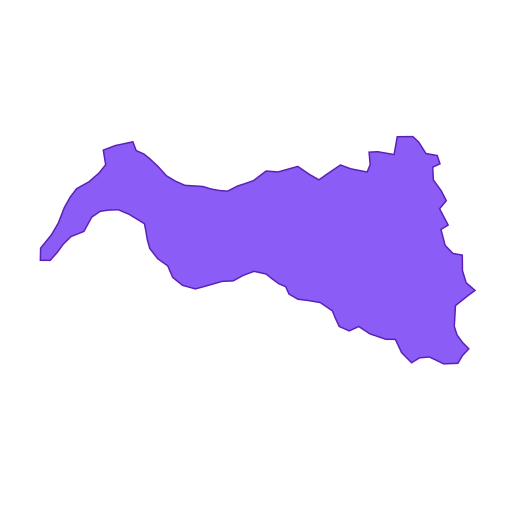 the district of Santa Amélia, Paraná, Brazil, rotated 175°
{"feature_id": "56859067B11032628031233", "entity_name": "Santa Amélia", "entity_type": "district", "adm_level": 2, "iso_a3": "BRA", "parent_name": "Brazil", "parent_adm1": "Paraná", "projection": "orthographic", "projection_center": [-50.399, -23.254], "detail": "fine", "context": "isolated", "style": "filled", "palette": "violet", "viewbox_px": 512, "rotation_deg": 175, "n_neighbors": 0, "source": "geoboundaries", "source_scale": "gbopen_adm2", "svg_char_len": 1499}
<svg xmlns="http://www.w3.org/2000/svg" viewBox="0 0 512 512"><g transform="rotate(175 256 256)"><path d="M471.2,270.5L461.4,269.6L453.6,277.0L447.0,284.6L438.6,291.5L425.3,295.5L416.2,309.1L407.3,314.1L398.9,314.6L389.2,314.1L378.8,308.6L364.3,297.9L363.5,290.1L362.9,282.1L361.2,272.8L354.2,261.9L344.8,253.9L340.8,241.9L331.8,233.2L319.2,228.5L304.5,231.2L292.0,233.7L280.9,233.2L270.0,238.0L259.3,240.9L247.5,237.2L242.0,231.9L235.7,226.4L229.1,222.9L226.4,215.2L218.1,209.3L207.4,207.0L196.0,204.0L184.7,194.7L182.2,186.7L179.2,178.5L169.6,173.3L159.8,176.8L149.3,168.5L133.9,161.7L124.4,160.8L119.4,147.1L110.3,136.1L102.0,140.3L92.1,140.3L78.4,132.2L64.2,131.5L59.1,138.7L52.1,145.0L57.9,152.0L62.7,160.0L64.6,168.7L61.6,189.2L48.1,198.2L40.8,202.6L49.0,211.1L51.6,223.4L50.4,238.9L59.6,241.4L66.7,250.1L69.4,266.3L61.9,270.1L69.0,287.1L61.6,294.5L65.8,304.8L72.7,316.3L72.2,329.1L64.7,331.8L66.7,340.3L77.8,343.3L84.0,355.3L89.4,361.3L104.9,362.5L109.6,345.0L125.7,349.3L134.3,349.6L134.3,337.0L138.0,330.0L154.0,334.6L163.9,339.3L176.9,332.1L186.7,326.4L195.6,332.6L206.6,341.6L226.8,337.8L238.5,339.8L252.0,331.3L259.3,329.4L268.0,327.4L278.6,323.1L286.6,324.4L294.7,326.6L303.0,329.9L320.7,332.6L329.8,337.6L338.1,343.6L346.3,354.3L353.4,362.2L358.7,367.3L366.2,371.5L368.7,380.5L386.5,378.3L398.9,374.8L397.8,360.0L405.3,352.2L415.9,344.5L428.8,338.7L436.0,330.8L442.7,321.0L450.1,306.0L457.9,295.0L469.9,282.6L471.2,270.5Z" fill="#8b5cf6" stroke="#5b21b6" stroke-width="1.5"/></g></svg>